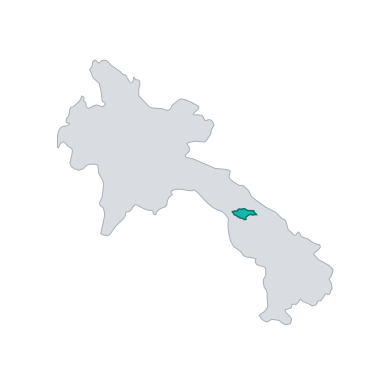 Mahaxay, Khammouan, Laos (highlighted), rotated 349°
{"feature_id": "54806243B31598332414602", "entity_name": "Mahaxay", "entity_type": "district", "adm_level": 2, "iso_a3": "LAO", "parent_name": "Laos", "parent_adm1": "Khammouan", "projection": "mercator", "projection_center": [105.318, 17.348], "detail": "fine", "context": "in_parent", "style": "filled", "palette": "teal", "viewbox_px": 384, "rotation_deg": 349, "n_neighbors": 0, "source": "geoboundaries", "source_scale": "gbopen_adm2", "svg_char_len": 5949}
<svg xmlns="http://www.w3.org/2000/svg" viewBox="0 0 384 384"><g transform="rotate(349 192 192)"><path d="M134.4,48.0L136.2,51.4L144.8,60.5L146.2,62.9L149.3,64.8L151.9,72.9L153.0,73.4L154.5,72.8L155.5,71.7L156.4,68.6L157.0,68.2L157.9,70.8L160.3,71.6L161.4,72.7L161.7,74.6L161.3,76.6L159.3,81.2L158.1,87.3L166.4,100.5L169.9,102.3L178.2,104.4L183.8,107.3L186.4,106.6L188.9,103.4L191.9,101.5L197.5,98.7L199.1,98.6L202.2,99.7L207.3,102.9L214.9,109.1L214.7,110.7L213.3,112.3L209.2,114.7L207.9,116.2L208.7,116.8L212.1,117.2L216.1,118.6L217.3,120.2L218.0,123.8L218.7,124.5L222.4,124.1L223.6,124.6L224.9,125.8L226.3,128.8L226.2,131.0L222.5,135.0L222.1,137.4L220.2,140.2L215.1,144.9L213.7,145.2L204.3,142.6L196.9,143.0L196.2,144.0L197.5,146.8L197.9,149.7L196.7,151.8L192.4,154.6L192.2,155.9L193.1,157.1L199.4,159.7L219.3,173.3L228.4,175.9L232.4,177.6L233.4,178.5L233.3,179.7L232.3,181.2L231.4,183.9L231.4,185.5L232.3,187.0L233.9,189.3L239.5,194.5L243.6,195.7L247.9,201.6L249.1,206.7L251.2,210.0L261.6,221.1L270.2,227.9L275.3,235.3L277.8,237.0L278.6,239.6L279.3,247.3L282.3,251.2L282.9,252.7L284.2,253.9L285.6,254.1L288.6,251.6L289.3,252.0L290.6,256.0L291.9,257.5L296.4,260.0L301.3,264.9L303.9,266.7L307.1,268.1L307.6,269.6L307.0,271.2L306.0,272.2L300.3,275.1L299.6,276.3L303.3,282.6L312.6,290.3L315.6,294.9L314.9,297.1L312.3,301.6L310.4,302.9L309.9,304.3L311.3,307.9L311.2,313.6L309.4,314.9L307.7,318.4L306.6,318.7L303.7,317.4L297.7,323.4L295.1,323.0L292.1,326.4L288.2,326.8L285.6,324.3L279.8,320.4L277.8,317.9L276.0,320.0L273.0,322.1L268.8,321.3L267.6,324.3L266.8,324.9L261.6,325.4L260.7,325.8L261.5,328.6L264.5,333.1L265.4,335.8L263.6,340.1L258.2,340.0L255.8,338.2L252.8,334.6L246.0,332.2L241.5,333.8L240.1,333.7L236.6,330.7L235.4,328.7L234.6,325.7L239.8,323.4L242.4,321.5L244.2,319.5L244.9,317.5L245.7,308.9L246.5,305.9L246.1,302.2L244.7,299.3L244.7,294.9L245.4,291.3L247.4,289.5L248.8,287.0L249.6,281.3L249.0,279.8L247.0,278.4L243.7,277.1L241.7,275.4L240.8,273.3L240.9,271.5L241.9,270.0L239.4,268.3L233.5,266.4L230.1,264.1L229.4,261.4L226.9,258.0L222.7,253.7L220.4,247.4L220.2,239.3L220.7,232.7L222.6,225.1L220.0,219.5L217.3,216.6L213.5,214.5L209.8,211.4L206.4,207.4L202.2,201.4L197.4,193.5L194.1,190.0L192.5,190.8L189.0,190.1L183.7,187.8L179.0,186.6L175.1,186.4L172.5,186.9L171.3,188.1L171.2,189.3L172.2,190.5L171.6,191.4L169.6,192.1L167.9,193.4L166.0,196.2L164.7,200.0L162.7,201.5L159.7,201.8L156.7,202.9L153.8,204.7L152.4,206.1L152.5,207.1L151.9,207.3L150.5,206.7L149.8,205.5L149.9,203.5L148.4,202.2L145.3,201.5L141.8,199.4L135.1,194.0L133.6,193.7L131.4,195.2L128.5,198.2L126.2,199.4L124.3,198.8L122.9,199.9L121.9,202.6L120.0,204.8L111.0,210.7L103.0,218.2L100.9,218.9L96.0,216.8L94.5,215.3L101.2,199.9L102.2,196.1L102.0,191.1L99.1,187.0L99.0,185.8L99.4,184.5L102.9,179.7L106.8,167.2L106.6,163.4L104.9,159.1L103.9,155.1L104.7,149.5L104.4,147.4L102.5,146.3L96.4,145.2L92.8,146.1L91.1,147.6L89.1,148.6L85.2,149.1L81.5,147.2L78.5,144.1L77.7,140.2L81.5,131.8L82.5,128.6L82.4,127.0L81.7,125.5L80.8,125.2L78.8,123.3L76.9,119.8L75.1,118.2L73.4,118.5L71.8,119.8L69.3,123.1L68.4,122.7L70.7,111.1L72.9,106.1L75.4,103.8L78.0,102.9L80.9,103.2L83.2,102.8L85.1,101.6L84.9,100.9L82.7,100.7L81.8,99.4L82.3,96.9L83.3,95.3L84.8,94.6L86.3,92.1L87.7,87.8L89.5,85.7L91.5,85.6L95.1,83.8L100.1,80.2L102.0,76.7L103.9,78.3L103.2,82.3L104.2,83.2L104.7,84.6L104.4,86.9L104.8,88.8L105.6,89.7L106.7,90.2L112.0,88.6L115.2,88.4L120.6,91.4L123.7,89.2L123.8,88.4L121.2,85.6L122.0,75.4L121.6,67.6L117.2,61.8L116.3,59.5L115.9,55.7L114.7,52.5L117.8,49.8L119.5,45.1L121.7,43.9L122.4,44.1L125.1,47.7L128.5,45.9L131.0,45.9L133.2,46.8L134.4,48.0Z" fill="#d9dde1" stroke="#a8b0b8" stroke-width="1"/><path d="M248.9,222.1L248.5,222.0L248.1,221.9L247.9,221.9L247.7,221.9L247.0,221.8L246.8,221.7L246.6,221.7L246.4,221.7L245.9,221.4L245.7,221.3L245.4,221.3L245.2,221.3L244.7,221.3L244.4,221.2L244.2,221.2L243.8,221.1L243.7,221.0L243.3,220.8L243.1,220.7L242.8,220.6L242.6,220.4L242.4,220.3L242.3,220.2L242.1,220.1L242.0,219.9L241.8,219.6L241.7,219.5L241.6,219.4L241.2,219.1L240.7,218.8L240.2,218.5L239.9,218.4L239.6,218.3L239.4,218.3L239.1,218.2L238.9,218.2L238.7,218.2L238.6,218.3L238.4,218.4L238.2,218.4L238.1,218.5L237.9,218.6L237.5,218.4L237.2,218.3L236.9,218.4L236.6,218.3L236.2,218.0L235.8,217.8L235.3,217.7L234.9,217.7L234.6,217.8L234.2,217.9L233.7,218.1L233.6,218.4L233.4,218.7L233.2,218.9L233.3,219.4L233.1,219.6L232.8,219.6L232.6,219.3L231.7,219.1L231.2,219.0L230.7,218.8L230.3,218.9L230.1,219.0L229.8,218.8L229.6,218.8L229.4,219.0L229.1,219.1L228.8,219.1L228.6,219.0L228.3,219.0L227.9,218.9L227.9,219.0L227.9,219.3L227.9,219.5L228.0,219.7L228.0,219.9L228.2,220.1L228.6,220.5L228.7,220.8L228.8,220.9L228.8,221.1L228.9,221.4L228.9,221.6L229.0,221.7L229.0,221.8L229.0,222.2L229.1,222.4L229.4,222.6L230.2,222.9L230.3,223.0L230.5,223.0L230.9,223.3L231.2,223.6L231.4,223.9L231.5,224.2L231.7,224.5L231.9,224.7L232.1,225.0L232.5,225.2L233.2,225.5L233.3,225.7L233.5,225.8L233.7,226.0L233.8,226.1L233.9,226.3L234.0,226.5L234.3,226.7L234.9,227.0L236.2,227.4L236.4,227.5L236.5,227.6L236.8,227.7L237.0,227.9L237.2,228.0L237.3,228.1L237.5,228.4L237.5,228.5L237.6,228.8L237.8,228.9L238.0,229.0L238.6,229.1L238.9,229.1L239.1,229.1L239.3,229.1L239.5,229.1L239.8,229.1L239.7,228.6L239.7,228.2L239.8,228.1L239.8,227.9L239.9,227.5L240.0,227.3L240.1,227.1L240.3,226.9L240.5,226.8L240.7,226.7L240.9,226.7L241.2,226.6L241.3,226.5L241.4,226.4L241.6,226.2L241.8,226.1L242.0,226.0L242.2,225.9L242.6,225.7L243.0,225.5L243.3,225.4L243.5,225.3L243.8,225.3L244.0,225.3L244.3,225.3L244.6,225.3L244.8,225.2L245.1,225.2L245.3,225.2L245.6,225.2L245.8,225.3L246.7,226.0L247.1,226.2L247.4,226.2L247.6,226.2L247.8,226.2L248.0,226.2L248.5,226.2L248.9,226.2L249.1,226.2L249.4,226.2L249.5,226.2L251.0,226.5L250.9,226.3L250.5,225.5L249.6,224.6L249.4,224.4L249.3,224.2L249.3,223.9L249.2,223.7L249.1,223.4L249.0,222.9L249.0,222.6L249.0,222.4L248.9,222.2L248.9,222.1Z" fill="#14b8a6" stroke="#0f766e" stroke-width="1.5"/></g></svg>